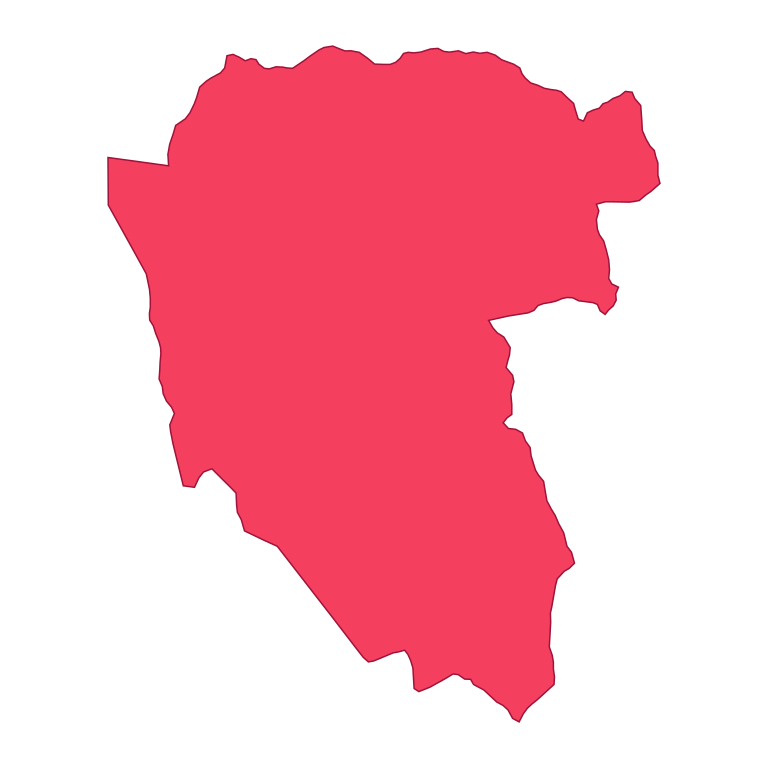 outline of Sucupira do Riachão, Maranhão, Brazil
{"feature_id": "56859067B5688637877218", "entity_name": "Sucupira do Riachão", "entity_type": "district", "adm_level": 2, "iso_a3": "BRA", "parent_name": "Brazil", "parent_adm1": "Maranhão", "projection": "natural_earth1", "projection_center": [-43.453, -6.435], "detail": "fine", "context": "isolated", "style": "filled", "palette": "rose", "viewbox_px": 768, "rotation_deg": 0, "n_neighbors": 0, "source": "geoboundaries", "source_scale": "gbopen_adm2", "svg_char_len": 3126}
<svg xmlns="http://www.w3.org/2000/svg" viewBox="0 0 768 768"><path d="M596.4,219.6L598.8,210.9L596.4,204.2L605.3,201.8L612.1,201.8L629.3,202.1L634.2,201.5L639.3,200.5L645.6,195.1L650.8,191.5L660.0,183.4L657.9,175.2L657.9,168.7L657.9,163.1L655.8,156.8L654.3,150.5L650.1,146.2L646.2,139.4L642.3,130.5L641.8,120.5L641.3,113.6L640.7,105.5L634.7,98.5L632.1,92.2L625.4,91.4L619.9,95.8L612.9,98.5L607.7,102.2L603.0,103.7L599.3,108.2L593.1,110.1L587.4,112.7L583.5,121.1L578.2,119.0L575.6,110.7L573.6,103.4L566.2,96.7L561.3,91.8L556.7,90.3L550.6,89.5L544.4,88.3L537.9,85.3L530.6,82.9L525.4,78.3L522.0,73.8L519.8,68.0L513.7,64.2L507.9,62.1L501.7,59.8L495.2,55.1L487.1,52.3L479.9,53.3L473.3,52.0L465.8,53.6L458.5,50.8L449.5,52.1L443.7,51.4L437.9,48.4L430.4,49.0L420.7,52.1L413.4,52.9L408.2,52.3L403.5,53.5L400.1,58.4L395.7,62.3L390.2,64.4L383.5,64.4L374.6,64.1L367.4,58.1L359.2,52.3L351.1,50.8L344.9,50.9L339.2,48.7L332.8,46.1L324.0,47.5L318.9,50.0L309.5,56.5L303.8,60.8L292.6,68.3L287.4,68.0L282.6,67.1L276.0,66.8L269.2,68.9L264.3,68.3L258.8,64.1L256.0,59.6L251.0,58.7L245.2,60.8L239.4,57.3L233.0,54.4L227.0,55.7L224.7,68.0L220.5,72.9L210.9,78.1L206.5,81.0L199.7,87.1L196.7,97.3L194.4,103.6L190.0,112.7L185.4,118.8L175.7,125.4L173.1,134.2L169.7,144.2L167.9,154.4L168.6,165.8L108.0,157.5L108.3,205.1L135.1,253.5L142.2,266.4L146.3,273.9L147.8,281.2L149.5,289.4L150.3,298.2L150.3,307.2L149.4,313.5L149.7,320.1L153.3,325.8L155.7,333.4L159.0,341.6L160.6,347.9L160.9,353.7L160.1,362.1L159.8,369.3L159.1,379.0L162.3,386.5L163.2,393.8L166.4,401.0L171.6,407.3L174.4,413.5L171.9,419.7L169.8,424.9L170.6,431.5L173.1,444.2L183.3,485.8L194.5,487.3L198.9,477.8L203.5,472.0L211.9,468.8L216.3,473.2L223.3,480.2L228.8,485.6L236.1,493.1L236.6,505.0L237.4,512.4L241.3,519.7L244.5,530.9L264.5,540.5L277.3,546.3L330.7,615.1L356.2,648.3L363.4,657.5L368.4,661.9L373.6,661.0L393.1,652.9L398.5,651.9L404.6,650.2L407.9,654.4L410.6,660.4L412.9,667.9L414.1,688.5L418.9,691.6L429.9,687.2L445.2,678.7L453.0,674.0L458.2,674.6L464.7,679.1L470.6,679.3L473.6,684.5L483.9,690.0L496.7,702.0L503.0,705.4L508.0,709.9L512.6,718.4L519.1,721.9L523.3,713.8L527.4,708.2L532.4,703.6L537.1,699.9L554.0,684.5L554.5,677.0L553.4,668.9L553.4,662.3L552.2,655.2L549.3,646.9L549.9,636.2L550.7,622.4L550.4,613.0L551.7,607.3L555.5,585.6L557.2,578.9L564.2,571.3L569.3,568.3L574.5,563.2L571.5,552.3L567.0,546.3L563.7,532.8L558.7,523.7L555.2,515.5L551.1,508.8L546.9,500.8L545.2,491.0L543.6,481.3L538.6,475.3L535.5,470.2L531.1,455.9L530.1,447.5L525.4,440.9L522.5,433.0L515.7,429.3L508.4,428.5L503.2,422.8L507.0,417.9L511.8,414.4L511.8,404.6L510.8,393.8L513.9,381.7L512.6,375.3L506.1,367.6L507.4,362.2L509.5,354.9L510.2,347.6L503.8,337.0L497.3,332.9L492.9,327.9L488.6,320.4L507.4,316.2L519.6,314.2L528.0,312.9L533.9,310.4L537.9,305.6L543.4,303.6L551.1,302.3L555.9,301.1L562.0,298.6L567.0,297.5L572.8,297.8L578.7,300.8L592.8,302.6L597.4,304.4L600.1,310.8L605.1,314.4L608.7,309.9L613.2,305.9L616.2,300.2L615.7,293.9L618.5,287.2L611.7,283.9L608.7,278.4L609.5,269.9L608.7,259.8L606.3,250.1L603.7,241.0L599.4,234.8L597.4,229.2L596.4,219.6Z" fill="#f43f5e" stroke="#9f1239" stroke-width="1.5"/></svg>